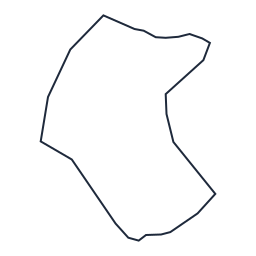 an SVG outline of Benedikt
{"feature_id": "SVN-199", "entity_name": "Benedikt", "entity_type": "Municipality", "adm_level": 1, "iso_a3": "SVN", "parent_name": "Slovenia", "parent_adm1": "", "projection": "albers", "projection_center": [15.906, 46.615], "detail": "fine", "context": "isolated", "style": "outline", "palette": "slate", "viewbox_px": 256, "rotation_deg": 0, "n_neighbors": 0, "source": "natural_earth", "source_scale": "10m", "svg_char_len": 422}
<svg xmlns="http://www.w3.org/2000/svg" viewBox="0 0 256 256"><path d="M138.7,240.6L128.3,237.7L115.6,223.6L71.8,159.5L40.7,141.4L48.0,97.0L70.3,49.5L103.4,15.4L134.5,29.0L143.7,30.7L155.7,37.2L165.7,37.8L178.4,36.8L189.5,34.0L202.2,38.4L209.9,42.9L203.4,60.1L165.7,94.1L166.5,114.0L173.4,142.0L215.3,193.9L197.6,213.4L170.3,232.1L161.1,234.5L146.0,235.0L138.7,240.6Z" fill="none" stroke="#1e293b" stroke-width="2"/></svg>